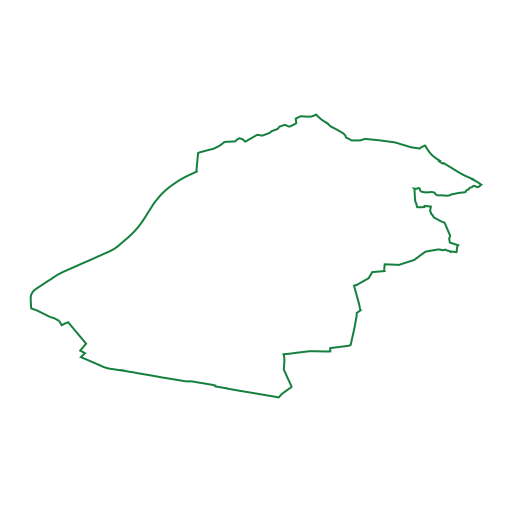 outline of Bērzes pag., Dobele, Latvia
{"feature_id": "27541924B54193972681718", "entity_name": "Bērzes pag.", "entity_type": "district", "adm_level": 2, "iso_a3": "LVA", "parent_name": "Latvia", "parent_adm1": "Dobele", "projection": "robinson", "projection_center": [23.414, 56.655], "detail": "fine", "context": "isolated", "style": "outline", "palette": "green", "viewbox_px": 512, "rotation_deg": 0, "n_neighbors": 0, "source": "geoboundaries", "source_scale": "gbopen_adm2", "svg_char_len": 5910}
<svg xmlns="http://www.w3.org/2000/svg" viewBox="0 0 512 512"><path d="M279.0,397.2L280.1,395.9L281.2,394.6L282.1,393.7L291.1,387.3L291.5,386.8L291.5,386.3L288.7,380.3L288.6,380.2L287.6,378.0L287.3,377.3L285.6,373.4L283.9,369.9L283.8,369.6L283.9,367.8L284.1,366.1L284.4,359.9L284.3,359.0L284.3,357.9L284.2,357.2L284.1,356.3L284.0,356.1L283.9,355.6L283.7,354.8L283.6,354.7L283.5,354.3L293.1,353.3L293.7,353.1L309.9,351.2L317.9,351.3L319.8,351.4L326.7,351.5L327.8,351.5L330.3,351.4L330.1,348.8L330.3,348.0L333.4,347.7L335.7,347.4L338.5,347.1L338.8,347.1L339.5,346.9L340.2,346.8L343.1,346.5L347.7,345.9L349.6,345.5L350.1,345.3L350.5,345.1L350.7,344.7L354.5,327.8L355.0,325.1L355.1,324.5L356.5,316.5L356.8,312.9L357.0,312.8L360.7,310.2L360.3,309.8L359.7,307.5L359.6,306.6L358.8,303.0L358.6,302.8L358.7,302.6L354.0,285.6L356.1,285.0L356.3,285.2L366.0,279.7L368.7,278.2L369.7,276.4L372.1,272.3L372.2,272.1L384.3,271.1L384.1,270.8L384.7,264.3L395.3,264.7L398.9,264.9L405.9,262.6L411.0,261.0L413.2,260.3L414.1,260.0L414.7,259.6L420.4,255.3L420.7,255.1L423.5,253.1L425.0,252.0L425.4,251.8L425.7,251.7L428.4,251.1L438.7,249.4L442.5,250.1L443.4,250.2L443.6,250.2L444.6,249.8L445.0,249.7L445.5,249.7L446.2,250.0L447.2,250.6L449.0,250.9L450.7,252.0L450.8,251.8L450.9,251.5L456.5,252.1L457.3,246.2L458.2,245.2L449.9,242.6L449.3,239.6L449.2,239.0L449.3,238.5L449.3,238.2L450.0,236.5L450.1,236.2L450.1,235.6L450.0,235.3L449.1,233.3L446.4,226.9L444.8,223.3L444.7,223.1L444.5,222.8L444.3,222.7L444.1,222.5L443.7,222.4L441.9,221.7L441.4,221.5L440.4,221.0L437.1,219.2L434.3,217.7L433.9,217.3L433.5,216.8L433.1,216.2L432.5,215.1L432.3,214.8L432.0,214.5L431.7,214.4L431.2,213.8L430.7,212.0L430.3,211.4L430.1,210.6L430.2,210.0L430.9,206.6L428.2,206.3L424.7,205.9L424.5,206.0L424.5,206.6L424.4,207.1L417.7,207.3L417.2,207.2L416.8,206.0L416.8,205.7L416.1,203.0L415.3,201.7L414.8,195.9L414.5,189.6L414.5,188.8L414.4,188.7L415.0,188.8L415.9,188.8L416.4,188.7L417.0,188.7L417.6,188.3L418.3,188.1L418.8,188.1L419.1,188.2L419.3,188.2L419.5,188.3L419.7,188.6L419.8,189.1L420.0,190.1L420.2,190.4L420.3,190.6L421.1,191.4L421.3,191.5L421.7,191.7L422.3,191.9L423.5,192.1L424.1,192.2L426.2,192.4L426.7,192.4L428.1,192.3L428.9,192.3L430.1,192.1L430.9,192.0L432.3,192.1L433.4,192.3L434.2,192.6L434.6,192.8L435.2,193.7L435.7,194.3L436.5,194.8L437.1,195.2L437.8,195.3L438.8,195.4L440.7,195.3L441.7,195.3L442.1,195.3L443.4,195.4L444.8,195.6L445.4,195.6L447.2,195.7L447.9,195.6L449.3,195.4L449.8,195.3L450.4,194.9L451.1,194.5L451.9,194.2L452.3,194.2L452.7,194.2L453.6,194.0L457.4,193.2L458.5,193.0L459.4,192.8L461.0,192.7L462.0,192.6L462.8,192.5L464.8,192.2L465.4,192.1L465.6,191.9L465.9,191.4L466.1,191.0L466.2,190.6L466.7,190.1L467.1,189.9L468.6,189.4L468.9,189.1L469.4,188.1L469.8,187.8L471.1,187.4L471.8,187.2L472.3,186.8L473.0,186.2L473.5,186.0L473.9,185.9L474.5,185.9L475.4,186.3L476.0,186.7L476.1,186.8L476.7,187.0L477.1,187.1L477.7,187.1L478.1,187.0L478.5,186.9L479.1,186.5L480.9,185.0L481.3,184.7L477.7,182.2L474.8,180.5L472.6,179.5L472.9,179.2L464.3,175.4L462.2,174.3L458.8,172.4L457.0,171.3L443.7,163.1L442.9,163.7L439.1,161.3L439.8,160.7L437.1,159.1L433.8,156.6L431.9,155.0L430.7,153.7L429.4,152.2L428.6,151.0L428.1,150.4L425.1,145.5L422.6,146.6L419.4,148.4L419.4,148.5L413.9,147.7L410.4,147.1L403.4,144.9L401.3,144.4L399.4,143.7L393.6,142.1L392.7,142.1L379.4,140.3L373.8,139.8L372.6,139.6L372.4,139.6L372.2,139.6L364.9,138.9L360.2,140.4L353.9,140.4L351.8,140.5L349.5,139.2L346.1,137.5L345.2,135.3L345.1,135.2L343.6,133.7L342.5,132.9L337.3,129.9L330.9,126.5L330.7,126.5L327.9,123.9L328.0,123.8L326.6,122.7L326.4,122.8L321.9,119.9L320.9,119.1L319.2,117.6L319.0,117.4L317.8,116.3L316.3,114.6L314.2,115.5L313.8,115.8L310.4,116.7L308.7,116.7L304.4,116.5L301.4,116.3L300.9,116.3L300.6,116.3L299.8,116.6L298.0,117.5L296.2,118.3L295.8,118.7L295.8,119.0L295.8,119.7L296.1,121.3L296.2,122.0L296.3,123.0L296.2,123.2L295.9,123.5L294.4,124.3L292.5,125.2L291.1,125.9L290.8,126.1L289.8,126.5L289.4,126.5L288.9,126.5L288.2,126.3L286.5,125.5L285.4,125.0L284.9,124.9L284.7,124.9L283.5,125.2L281.8,125.9L279.8,126.5L279.2,126.9L278.0,128.6L277.7,128.8L276.8,129.3L274.8,130.0L272.1,131.0L271.7,131.2L269.3,133.1L262.6,135.5L262.1,135.6L261.6,135.6L260.8,135.4L257.2,134.8L252.7,137.4L248.5,139.8L246.7,140.9L245.6,141.5L245.4,141.6L244.9,141.5L243.1,139.6L242.9,139.4L239.7,138.3L239.2,138.4L237.9,139.0L237.7,139.2L236.4,140.2L235.1,141.4L229.3,141.7L225.9,141.8L225.0,141.9L224.4,142.1L224.1,142.3L220.4,145.2L217.9,146.6L213.7,148.7L212.9,149.0L212.0,149.1L200.2,152.2L198.1,153.0L197.8,155.9L197.5,159.1L196.4,171.1L196.8,171.6L188.2,175.5L185.4,176.9L183.5,177.9L180.4,179.6L176.4,182.2L172.9,184.6L169.7,186.9L168.7,187.7L166.1,189.8L164.2,191.6L162.4,193.3L161.1,194.6L160.2,195.6L155.0,201.9L153.1,204.6L152.2,206.0L147.3,213.8L145.8,216.1L143.0,220.6L140.7,223.8L137.1,228.4L133.0,232.8L128.3,237.3L119.3,245.0L117.8,246.3L116.7,247.1L114.9,248.4L113.3,249.4L109.5,251.4L96.8,257.0L92.0,259.2L80.5,264.2L65.4,270.9L62.5,272.2L59.8,273.6L58.0,274.5L56.9,275.2L54.1,277.0L53.1,277.7L51.2,279.0L50.1,279.7L49.6,280.1L48.6,280.6L36.5,288.6L34.8,289.9L33.7,290.8L32.8,291.9L31.6,293.8L31.2,294.8L30.7,296.9L30.8,302.2L30.9,303.4L31.0,304.4L31.0,305.7L31.0,306.3L31.1,307.5L31.2,308.1L31.3,308.4L31.8,308.6L37.1,310.5L38.6,311.3L38.9,311.4L46.9,315.4L50.2,317.0L53.2,317.9L54.7,318.4L55.4,318.9L58.5,320.5L59.6,321.6L61.7,325.2L65.4,323.3L66.4,322.9L68.2,322.3L86.1,343.7L80.2,350.6L85.0,353.2L80.9,357.1L94.8,363.1L101.3,366.0L104.4,367.3L107.6,368.2L107.6,368.3L109.0,368.6L113.9,369.3L121.1,370.4L121.2,370.1L123.3,370.4L123.2,370.7L129.1,371.7L133.3,372.3L136.1,372.9L144.7,374.4L147.9,374.9L160.7,377.2L161.4,377.4L165.6,378.0L186.2,381.4L191.4,381.3L199.4,382.7L202.7,383.2L212.1,384.8L215.3,385.5L215.3,386.4L225.9,388.2L226.4,388.1L226.8,388.5L240.3,390.9L251.9,392.8L278.8,397.4L279.0,397.2Z" fill="none" stroke="#15803d" stroke-width="2"/></svg>